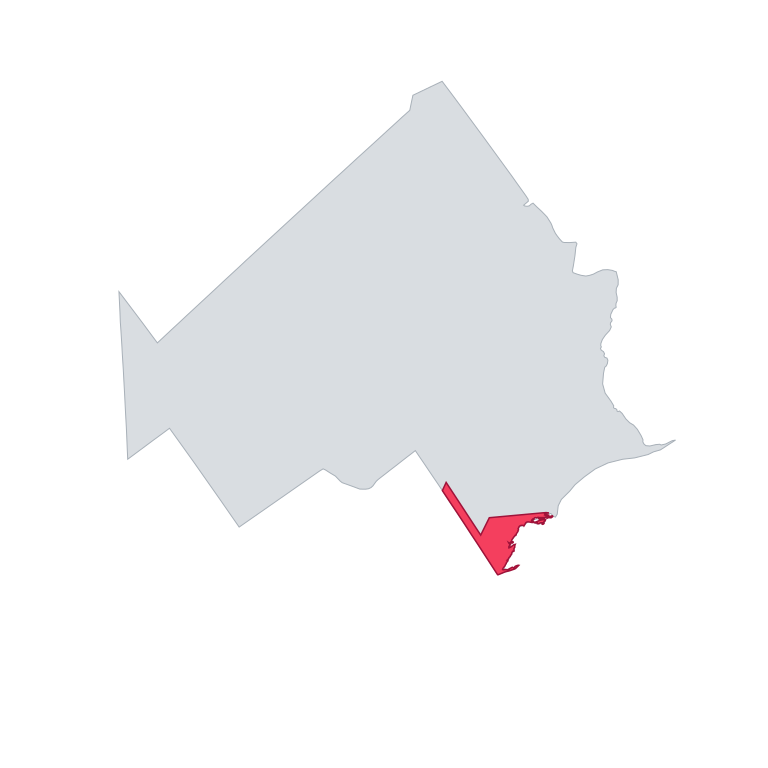 Dakhlet Nouadhibou on a map of Mauritania (orthographic projection), rotated 237°
{"feature_id": "MRT-2785", "entity_name": "Dakhlet Nouadhibou", "entity_type": "Region", "adm_level": 1, "iso_a3": "MRT", "parent_name": "Mauritania", "parent_adm1": "", "projection": "orthographic", "projection_center": [-16.46, 20.371], "detail": "fine", "context": "in_parent", "style": "filled", "palette": "rose", "viewbox_px": 768, "rotation_deg": 237, "n_neighbors": 0, "source": "natural_earth", "source_scale": "10m", "svg_char_len": 6742}
<svg xmlns="http://www.w3.org/2000/svg" viewBox="0 0 768 768"><g transform="rotate(237 384 384)"><path d="M344.8,637.5L343.9,637.2L339.7,634.4L337.7,631.0L334.3,628.5L329.8,626.8L326.8,624.9L325.4,622.7L323.7,621.3L321.9,620.5L321.7,619.7L322.1,618.6L321.7,616.6L318.9,612.1L316.4,610.1L314.3,610.4L313.1,609.9L312.4,608.9L312.1,607.4L310.6,606.2L308.1,605.7L306.0,602.4L304.4,596.2L302.4,591.4L299.9,588.0L298.2,586.7L296.9,586.5L296.4,586.0L296.1,585.0L294.2,584.6L291.6,585.7L289.2,585.4L288.0,583.8L286.3,583.6L284.3,585.1L282.0,584.7L279.5,582.5L278.1,580.3L277.8,578.2L273.4,573.9L265.0,567.4L255.9,564.5L246.1,565.0L240.6,564.8L239.4,563.7L238.2,563.8L237.0,565.0L235.7,565.3L234.3,564.7L233.4,565.2L233.1,566.8L229.7,567.7L223.1,567.8L217.8,568.9L213.7,570.9L208.0,571.8L200.6,571.5L196.1,570.8L194.6,569.6L192.4,569.3L189.7,570.0L187.2,573.2L185.1,579.0L183.3,582.4L181.9,583.2L180.3,587.5L179.5,594.8L178.2,598.0L178.2,579.9L180.3,573.1L181.0,567.1L185.5,554.0L190.9,543.2L195.8,528.9L197.7,515.0L197.0,501.5L195.5,489.4L193.0,481.4L190.6,469.9L187.0,463.8L180.5,458.4L179.0,455.3L180.5,454.2L184.5,453.4L187.0,449.2L181.7,450.8L187.8,438.1L189.8,429.4L189.4,423.7L190.6,420.2L185.9,412.6L182.3,403.0L180.4,401.5L178.4,400.7L178.3,402.9L177.2,405.0L174.9,403.7L170.9,396.8L165.4,385.4L163.4,384.2L161.8,385.8L160.7,387.3L158.8,396.7L158.2,393.0L159.1,388.5L160.5,383.1L162.1,375.5L166.9,375.5L175.6,375.5L192.9,375.5L201.5,375.5L218.9,375.4L227.5,375.3L244.8,375.1L253.5,375.0L270.8,374.8L279.4,374.6L296.7,374.3L305.4,374.1L311.1,374.0L310.6,368.6L310.3,364.4L309.8,358.6L309.3,352.9L308.8,347.2L308.4,341.9L307.9,336.5L307.5,331.5L307.1,327.0L306.6,324.4L304.6,319.2L304.2,316.6L304.6,313.9L305.8,311.3L309.0,306.5L314.0,302.8L319.7,298.5L324.0,295.2L326.3,294.4L333.2,293.1L338.5,290.5L343.8,288.1L346.0,286.7L346.1,282.3L342.9,184.6L368.6,183.8L375.4,183.6L422.7,181.9L429.4,181.6L463.7,180.0L463.4,175.5L463.0,168.9L462.5,159.8L461.9,150.7L460.9,134.8L460.5,128.1L467.5,132.2L481.5,140.5L488.5,144.6L502.6,152.7L516.7,160.9L530.8,169.0L537.9,173.1L545.0,177.1L552.1,181.1L559.2,185.2L573.4,193.2L579.4,196.5L588.6,202.0L597.2,207.0L605.8,212.0L593.2,212.9L576.3,214.1L564.8,214.9L553.0,215.6L541.9,216.3L543.5,225.4L545.3,235.4L547.0,245.4L548.8,255.4L550.5,265.3L555.7,295.3L557.5,305.3L559.2,315.3L560.9,325.2L562.7,335.2L566.1,355.2L567.8,365.2L569.5,375.2L571.2,385.2L572.9,395.2L574.6,405.2L578.0,425.2L579.7,435.2L581.4,445.2L583.1,455.2L584.7,465.1L586.4,475.1L588.1,485.1L589.7,495.1L593.0,515.1L594.7,525.1L596.3,535.0L598.0,545.0L599.5,554.7L604.4,559.5L610.4,565.5L609.2,574.7L607.8,585.7L606.2,597.6L590.3,598.7L574.6,599.7L535.3,602.0L527.5,602.4L488.1,604.5L480.2,604.8L464.9,605.5L460.4,605.5L458.7,604.6L457.9,598.5L456.6,599.0L455.1,600.8L454.3,602.8L454.7,605.4L454.5,607.5L449.4,608.6L442.6,610.3L435.4,611.7L428.1,611.6L425.6,611.2L422.9,610.5L417.1,609.8L413.9,609.9L410.3,610.2L406.0,610.9L404.7,612.0L401.5,616.7L398.5,622.1L396.5,622.2L394.1,619.3L387.7,614.1L379.9,607.1L376.3,603.6L374.4,603.2L370.8,605.9L367.8,608.5L364.6,612.1L363.2,615.4L362.1,619.4L361.7,624.1L360.6,629.6L358.0,634.0L354.9,637.4L352.6,639.0L351.7,639.9L344.8,637.5ZM184.4,441.4L182.0,445.3L180.9,443.8L180.5,441.2L182.6,437.5L183.7,435.6L185.5,434.9L184.4,441.4Z" fill="#d9dde1" stroke="#a8b0b8" stroke-width="1"/><path d="M158.5,398.3L157.6,393.9L157.7,392.7L158.6,389.1L158.9,387.8L160.5,383.1L161.2,379.2L161.9,375.7L162.3,375.4L166.7,375.4L168.2,375.4L172.6,375.4L179.5,375.4L188.4,375.4L198.9,375.4L210.6,375.3L223.2,375.3L236.2,375.2L249.1,375.0L261.7,374.9L262.8,374.9L267.6,382.5L204.6,382.8L214.5,399.5L190.0,446.0L187.9,449.9L186.5,451.6L186.3,451.4L187.2,449.9L187.5,449.1L187.8,448.5L187.9,448.3L187.8,448.0L187.5,447.8L187.3,447.8L187.1,448.0L186.9,448.0L184.8,450.3L183.7,451.2L185.3,447.8L184.8,448.1L183.2,449.4L182.7,450.1L182.4,450.4L182.2,450.9L182.1,451.4L182.3,451.8L182.3,452.1L182.0,452.9L181.9,453.2L181.8,453.4L181.6,453.4L181.3,453.4L181.1,453.4L180.9,453.3L180.9,453.2L180.8,452.8L180.8,452.5L180.8,451.5L180.8,451.2L181.2,450.6L182.2,449.5L182.4,448.8L182.5,447.9L182.9,447.5L183.4,447.2L184.0,446.7L187.6,441.2L187.9,441.0L188.1,440.8L188.3,440.6L188.4,440.2L188.5,439.4L188.6,439.1L188.8,439.0L188.9,438.8L189.6,438.1L189.7,437.8L189.8,437.4L189.7,437.0L189.5,436.7L189.2,436.4L189.5,436.2L189.7,435.8L189.8,435.5L189.7,435.0L189.1,435.4L188.9,435.6L188.8,435.0L189.4,434.0L189.2,433.4L188.5,432.9L188.0,433.3L187.7,433.9L187.6,434.2L187.0,434.6L186.7,434.4L186.7,433.9L186.8,433.4L187.1,432.9L187.3,432.6L189.5,430.3L190.2,429.3L190.5,428.1L190.3,427.1L189.2,425.1L188.7,424.0L189.0,424.0L189.3,423.9L189.5,423.9L189.7,423.6L190.6,422.3L190.9,421.5L191.0,420.7L190.9,420.0L190.7,419.4L189.6,417.7L189.3,417.6L188.8,417.5L188.4,417.4L188.3,417.0L188.1,416.6L188.0,416.4L187.4,416.1L186.3,413.4L186.0,413.0L185.6,412.8L185.4,412.5L185.3,412.1L185.6,411.9L185.7,411.6L185.6,411.4L185.3,410.9L185.2,410.1L183.7,406.4L183.3,405.8L182.8,405.6L182.5,405.1L182.4,404.1L182.3,403.3L181.6,403.6L180.8,403.1L180.8,402.8L182.6,402.3L183.1,402.1L182.3,402.0L180.9,402.2L180.3,402.1L179.8,401.4L180.1,401.2L179.5,400.0L179.3,399.8L178.5,399.5L178.2,401.3L178.5,405.2L178.0,406.7L177.6,406.1L177.1,405.6L176.2,405.0L175.8,404.7L175.4,403.7L175.0,403.2L174.5,402.9L173.3,402.3L173.0,402.0L173.0,401.5L173.2,401.3L173.4,401.3L173.6,401.2L173.6,400.8L173.3,400.5L173.3,400.2L173.1,399.6L172.7,399.1L171.6,398.2L171.5,397.9L171.5,397.2L171.4,396.8L170.7,396.1L170.3,394.2L170.1,393.8L169.7,393.3L169.4,392.7L169.3,392.0L169.2,391.4L169.0,391.6L168.8,391.8L168.7,392.0L168.1,391.4L167.9,390.8L167.8,390.2L167.6,389.5L167.4,389.2L167.0,388.9L166.7,388.5L166.6,387.9L166.4,387.5L165.5,386.3L165.3,385.7L165.2,385.1L165.0,384.5L164.5,383.3L163.8,382.4L163.3,382.7L162.3,384.6L160.7,386.8L160.3,387.1L160.1,387.6L160.4,388.3L160.8,388.1L160.8,388.8L160.6,390.3L160.5,391.6L160.3,392.0L160.0,392.2L159.1,392.5L158.8,392.8L158.8,393.1L158.9,393.4L159.3,393.9L159.6,394.5L159.6,394.8L159.6,395.3L159.2,397.0L158.9,397.9L158.5,398.3ZM184.2,437.0L185.0,435.4L185.5,434.8L185.8,435.3L184.7,440.8L183.7,443.3L182.2,445.6L181.5,444.7L181.4,444.5L181.4,444.2L181.5,443.8L181.5,443.4L181.2,443.0L181.0,442.2L181.2,441.5L182.3,439.8L182.4,439.6L182.4,438.5L182.4,438.1L182.7,437.3L183.2,436.7L183.7,436.5L184.2,437.0ZM186.4,440.5L186.9,440.4L187.2,440.7L186.7,441.4L186.1,442.0L185.6,442.6L185.0,443.7L183.6,445.7L183.7,445.0L185.0,442.5L186.4,440.5ZM180.5,440.3L180.8,440.8L180.7,441.6L180.4,442.2L180.2,442.5L179.9,442.3L179.7,441.4L179.9,440.6L180.5,440.3ZM181.1,404.5L181.5,404.6L181.6,404.8L181.6,406.2L181.3,406.3L180.8,406.1L180.6,405.4L180.8,404.8L181.1,404.5Z" fill="#f43f5e" stroke="#9f1239" stroke-width="1.5"/></g></svg>